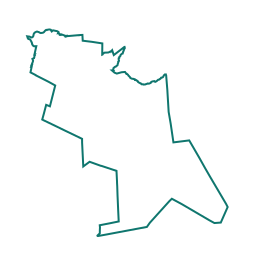 San Juan de Sabinas, Coahuila, Mexico (Equal Earth projection), rotated 175°
{"feature_id": "50627088B66195361398022", "entity_name": "San Juan de Sabinas", "entity_type": "district", "adm_level": 2, "iso_a3": "MEX", "parent_name": "Mexico", "parent_adm1": "Coahuila", "projection": "equal_earth", "projection_center": [-101.349, 28.059], "detail": "fine", "context": "isolated", "style": "outline", "palette": "teal", "viewbox_px": 256, "rotation_deg": 175, "n_neighbors": 0, "source": "geoboundaries", "source_scale": "gbopen_adm2", "svg_char_len": 5240}
<svg xmlns="http://www.w3.org/2000/svg" viewBox="0 0 256 256"><g transform="rotate(175 128 128)"><path d="M164.6,33.6L164.6,31.2L164.9,29.2L165.3,25.5L167.8,23.5L167.7,23.1L167.3,23.0L157.6,23.9L147.5,24.9L117.8,27.8L114.5,31.7L105.8,39.8L93.2,51.5L90.5,53.7L80.8,47.3L55.0,29.0L50.2,25.8L43.8,25.7L35.6,40.6L36.9,43.8L45.3,61.4L50.5,72.3L54.6,81.1L59.7,92.4L68.1,110.3L84.0,109.7L85.1,128.5L86.1,140.5L85.6,159.1L85.5,162.3L85.4,177.0L85.8,178.6L85.9,178.8L85.9,178.7L86.0,178.6L86.2,178.4L86.3,178.3L86.4,178.2L86.5,178.1L87.3,177.6L87.7,177.3L87.9,177.0L88.0,176.8L88.1,176.6L88.2,176.4L88.3,176.2L88.6,175.9L88.8,175.6L89.0,175.5L89.2,175.4L89.4,175.4L89.7,175.3L89.8,175.3L90.0,175.3L90.5,175.3L90.6,175.2L90.8,175.0L90.8,174.9L90.9,174.7L91.5,174.2L91.9,174.1L92.2,174.0L92.3,173.8L92.4,173.7L92.5,173.6L92.8,173.5L93.1,173.5L93.3,173.4L93.5,173.4L93.8,173.4L94.4,173.0L94.6,172.8L95.1,172.4L96.0,171.9L96.6,171.7L96.9,171.6L97.2,171.8L97.3,172.1L97.6,172.4L99.1,172.3L99.3,172.3L99.6,172.2L100.5,172.0L101.0,171.7L101.3,171.1L101.5,170.9L102.5,170.6L103.1,170.4L103.6,170.4L104.0,170.4L104.2,170.5L104.3,170.6L104.7,170.6L104.8,170.6L105.0,170.4L105.9,170.2L106.2,170.2L106.3,170.1L106.5,170.0L106.9,169.9L107.0,169.9L107.3,169.9L107.6,169.9L107.9,169.9L108.2,169.9L108.4,169.9L108.7,169.9L109.0,170.0L109.3,170.3L109.8,170.3L110.0,170.3L110.4,170.4L110.7,170.4L110.8,170.5L111.2,171.2L111.4,171.3L111.5,171.4L111.7,171.5L111.9,171.5L112.1,171.6L112.3,171.8L112.5,171.9L112.8,172.1L113.0,172.2L113.7,172.7L113.9,172.9L113.9,173.1L114.0,173.2L114.0,173.4L114.1,173.5L114.3,173.8L114.5,173.9L114.5,174.0L114.8,174.1L115.2,174.7L115.4,174.8L115.6,175.0L115.8,175.0L116.6,175.1L116.9,175.2L116.9,175.3L116.9,175.9L117.1,176.0L117.4,176.1L117.6,176.2L117.8,176.2L118.1,176.3L118.3,176.4L118.4,176.5L118.6,176.5L118.8,176.6L119.0,176.6L119.4,176.7L119.6,176.7L120.4,177.1L121.4,177.8L121.6,178.5L121.8,178.8L122.4,179.4L122.5,179.7L122.9,180.0L123.4,181.0L123.6,181.2L123.7,181.3L123.8,181.4L123.9,181.6L124.0,181.7L124.7,181.9L124.7,182.3L125.2,182.6L126.1,184.1L129.5,184.1L134.4,183.2L136.6,184.3L139.0,186.8L137.4,186.8L137.6,187.2L137.7,187.5L137.5,188.1L137.2,189.0L136.9,189.2L136.5,189.5L136.3,189.5L135.8,190.0L135.2,190.2L134.8,190.2L134.1,190.8L133.3,191.2L132.9,191.6L132.6,192.9L132.2,193.6L132.1,194.1L132.0,194.3L132.0,194.9L131.5,195.4L131.4,195.3L131.1,195.8L131.3,196.7L131.3,197.4L131.2,198.2L131.2,198.3L130.9,198.6L130.6,198.6L130.5,199.0L130.4,199.1L130.3,199.8L129.4,200.3L128.9,201.6L127.4,202.6L126.8,202.7L126.8,203.1L126.3,203.8L126.2,204.5L126.0,204.9L125.6,205.2L125.4,205.7L125.4,206.3L125.0,206.7L124.8,207.1L124.5,207.4L124.3,207.7L124.3,207.8L124.2,208.0L124.3,208.3L124.4,208.8L124.4,209.1L124.5,209.1L127.0,207.5L127.3,207.3L135.8,201.9L137.0,206.9L137.7,206.2L137.7,206.3L137.9,206.2L138.7,205.6L139.0,205.7L140.1,205.2L141.3,204.9L142.5,205.0L145.0,205.1L146.8,203.8L147.0,203.4L147.3,203.3L146.2,214.5L156.5,217.0L165.5,218.9L165.3,224.7L167.9,224.8L168.9,224.8L168.9,224.7L170.8,224.8L171.1,224.8L174.8,224.8L175.2,224.8L177.2,224.8L178.3,224.8L179.9,224.8L181.0,224.9L180.9,225.2L181.5,225.2L181.4,224.8L181.4,224.6L182.2,224.4L182.6,224.6L182.8,225.5L185.6,226.8L186.3,227.1L186.5,226.6L187.7,226.6L188.2,227.1L188.2,227.9L188.7,228.7L189.4,228.6L188.9,229.5L188.9,229.8L190.5,230.8L190.8,230.8L193.7,231.7L194.2,231.8L195.3,231.0L195.7,231.9L195.8,232.0L196.0,231.6L196.2,232.0L196.7,232.7L197.1,232.9L197.7,233.0L198.7,233.0L199.7,232.9L200.3,232.6L200.6,232.8L200.9,232.9L201.1,232.8L201.5,232.6L202.5,231.8L203.3,230.9L203.6,230.7L204.5,230.3L204.9,230.3L206.6,230.2L207.7,230.7L207.8,230.8L208.1,231.0L208.4,231.3L209.0,231.5L209.3,231.6L209.5,231.7L209.7,231.8L209.9,231.9L210.2,232.0L210.4,232.0L210.8,231.9L211.4,231.7L211.6,231.6L211.8,231.5L212.0,231.5L212.2,231.4L213.2,230.6L213.3,230.5L213.3,230.4L213.5,230.2L213.7,229.9L213.8,229.7L213.9,229.4L214.0,228.8L214.2,228.4L214.3,227.9L214.9,227.1L215.4,226.8L215.8,226.6L216.2,226.6L216.6,226.8L217.2,227.0L218.1,227.6L220.0,228.0L220.4,228.1L220.2,227.4L220.2,226.7L219.9,226.3L219.7,225.6L219.3,225.3L219.0,225.2L218.9,225.2L218.6,225.1L218.3,225.0L218.1,224.9L217.8,224.7L217.5,224.2L217.4,223.8L217.3,223.6L217.2,223.3L217.1,223.2L216.9,222.9L216.8,222.6L216.7,222.5L216.7,222.3L216.7,222.1L216.3,221.2L216.2,220.9L216.3,220.7L216.3,220.4L216.3,220.2L216.2,220.0L216.1,219.8L216.1,219.7L215.9,219.4L215.9,219.2L215.7,218.8L215.1,218.0L214.9,217.9L214.7,217.8L214.6,217.7L214.4,217.6L214.1,217.5L213.8,217.6L212.2,217.5L214.8,209.3L214.7,209.3L214.8,209.2L214.7,209.0L214.5,208.6L215.0,208.3L215.0,208.2L215.0,207.2L215.1,206.8L215.6,206.0L215.6,205.8L217.2,205.2L216.9,204.0L216.7,203.5L216.7,203.3L217.0,202.3L217.1,202.2L218.6,199.2L218.4,199.2L218.2,199.2L219.1,197.5L218.6,197.5L219.5,194.6L220.3,191.9L215.4,188.8L215.4,188.6L205.9,182.7L203.2,181.0L200.5,179.2L196.8,176.7L203.9,156.4L205.7,157.3L207.5,158.2L210.5,149.8L212.7,143.9L211.3,143.0L200.0,136.3L191.0,130.9L174.7,121.2L175.0,117.4L175.8,96.5L175.9,93.6L175.6,93.8L169.2,97.7L158.8,92.9L158.4,92.7L157.8,92.6L143.2,86.3L143.6,75.8L143.7,74.2L143.8,71.1L144.3,61.9L145.0,46.0L145.4,35.7L155.0,34.6L164.6,33.6Z" fill="none" stroke="#0f766e" stroke-width="2"/></g></svg>